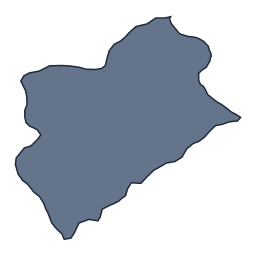 outline of Barda District, Bərdə, Azerbaijan, rotated 90°
{"feature_id": "54616110B76249555634218", "entity_name": "Barda District", "entity_type": "district", "adm_level": 2, "iso_a3": "AZE", "parent_name": "Azerbaijan", "parent_adm1": "Bərdə", "projection": "orthographic", "projection_center": [47.218, 40.364], "detail": "fine", "context": "isolated", "style": "filled", "palette": "slate", "viewbox_px": 256, "rotation_deg": 90, "n_neighbors": 0, "source": "geoboundaries", "source_scale": "gbopen_adm2", "svg_char_len": 1436}
<svg xmlns="http://www.w3.org/2000/svg" viewBox="0 0 256 256"><g transform="rotate(90 128 128)"><path d="M16.7,85.4L18.0,91.2L18.0,100.3L23.9,108.9L24.9,113.1L26.6,120.1L32.7,126.9L37.4,131.1L40.9,135.3L44.3,141.8L50.8,146.8L58.8,149.1L65.6,150.7L68.5,154.5L69.5,160.8L69.2,170.1L67.4,176.2L66.0,185.5L65.5,194.2L65.8,206.3L71.1,216.8L73.0,226.9L75.6,231.7L75.7,232.0L81.0,235.2L90.4,230.6L95.6,229.4L104.3,228.9L110.3,231.2L117.3,231.2L122.7,229.9L126.0,226.6L129.6,218.9L134.9,215.2L139.7,218.7L145.9,225.1L147.9,231.6L157.9,239.8L164.5,240.6L174.0,237.9L180.3,233.5L184.6,228.0L192.0,222.3L196.6,216.5L203.1,212.4L209.1,210.2L212.4,208.3L223.0,204.2L227.9,200.3L234.1,194.0L239.3,191.8L238.1,185.1L233.1,181.8L223.0,177.0L219.4,167.0L220.8,158.1L217.0,155.8L209.1,153.7L205.3,146.2L204.1,143.3L201.2,137.3L199.3,135.4L195.6,130.4L188.9,128.5L182.8,124.7L183.3,115.0L177.4,109.6L170.1,102.1L167.6,97.4L163.1,89.8L161.5,81.0L157.2,74.1L148.8,69.2L143.5,62.8L141.2,56.8L137.2,51.6L130.6,45.7L125.6,40.5L124.4,34.0L121.9,27.0L120.9,18.5L117.4,15.4L115.0,19.0L112.1,24.5L108.3,29.3L105.0,33.7L101.9,39.0L99.9,41.7L96.5,45.9L94.6,48.3L90.1,50.4L86.2,52.7L84.4,55.6L80.3,57.3L73.1,57.3L69.8,53.6L67.3,49.7L60.8,46.1L55.6,45.0L55.7,44.8L53.5,45.1L49.1,47.0L46.3,47.7L43.8,50.1L41.7,52.0L39.5,55.4L37.9,58.8L37.1,62.0L36.4,68.3L33.8,76.4L30.0,79.5L23.9,84.5L19.0,86.5L16.7,85.4Z" fill="#64748b" stroke="#1e293b" stroke-width="1.5"/></g></svg>